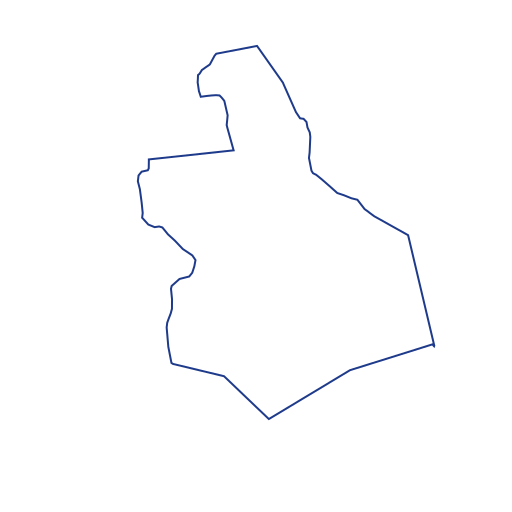 outline of Bissee, Castries, Saint Lucia, rotated 51°
{"feature_id": "8701671B13263124861718", "entity_name": "Bissee", "entity_type": "district", "adm_level": 2, "iso_a3": "LCA", "parent_name": "Saint Lucia", "parent_adm1": "Castries", "projection": "orthographic", "projection_center": [-60.976, 14.022], "detail": "fine", "context": "isolated", "style": "outline", "palette": "blue", "viewbox_px": 512, "rotation_deg": 51, "n_neighbors": 0, "source": "geoboundaries", "source_scale": "gbopen_adm2", "svg_char_len": 1479}
<svg xmlns="http://www.w3.org/2000/svg" viewBox="0 0 512 512"><g transform="rotate(51 256 256)"><path d="M438.2,174.4L437.9,173.9L411.9,161.4L336.6,125.2L335.5,124.7L299.5,139.1L294.5,140.4L291.4,141.1L289.7,141.6L287.8,142.1L284.4,142.0L276.1,141.8L271.2,145.5L264.0,149.5L258.2,153.2L247.7,154.9L244.9,155.4L238.0,156.6L232.3,157.8L230.5,158.2L229.8,158.6L227.5,159.6L224.6,159.2L214.8,154.0L213.2,153.2L209.3,149.2L197.6,138.8L193.7,136.4L190.8,135.7L188.5,135.1L183.6,132.4L182.4,132.5L179.3,132.7L178.6,133.4L176.7,135.1L169.3,134.4L139.9,126.5L138.3,126.0L93.4,123.0L73.8,159.6L74.3,162.2L77.5,169.9L78.1,171.4L77.6,177.9L77.6,178.8L77.5,179.8L77.4,181.0L78.6,184.4L78.9,185.6L78.9,187.2L81.4,189.4L84.5,192.2L86.1,193.1L92.3,196.8L92.8,196.9L97.5,198.7L100.8,193.3L102.7,190.4L103.2,189.6L105.9,185.8L108.3,183.3L111.3,183.0L115.2,183.0L115.7,183.1L128.8,189.5L132.7,193.3L135.8,196.4L137.2,197.0L137.7,197.3L159.8,206.9L113.5,278.5L114.4,279.2L120.4,284.2L121.3,286.1L118.5,291.8L119.5,296.6L123.6,300.8L131.0,304.2L142.6,311.3L151.3,317.0L154.6,320.4L163.8,319.9L169.8,316.6L172.1,312.7L174.9,310.8L183.7,310.8L192.9,309.4L204.5,308.5L215.5,305.1L221.1,305.6L225.2,310.4L228.9,316.1L229.9,320.8L225.7,329.9L226.2,340.4L228.0,342.7L236.8,348.5L244.2,354.6L247.0,358.5L249.7,363.2L252.0,367.0L255.3,370.4L271.4,381.3L285.9,389.0L287.7,388.4L329.3,356.5L373.2,350.9L390.8,348.6L403.9,254.8L435.7,174.5L438.2,174.4Z" fill="none" stroke="#1e3a8a" stroke-width="2"/></g></svg>